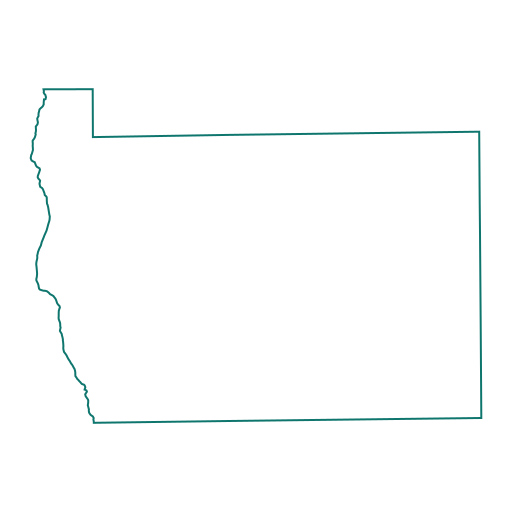 Phnum Proek, Batdâmbâng, Cambodia (Equal Earth projection)
{"feature_id": "14789045B85132506712609", "entity_name": "Phnum Proek", "entity_type": "district", "adm_level": 2, "iso_a3": "KHM", "parent_name": "Cambodia", "parent_adm1": "Batdâmbâng", "projection": "equal_earth", "projection_center": [102.376, 13.291], "detail": "fine", "context": "isolated", "style": "outline", "palette": "teal", "viewbox_px": 512, "rotation_deg": 0, "n_neighbors": 0, "source": "geoboundaries", "source_scale": "gbopen_adm2", "svg_char_len": 2657}
<svg xmlns="http://www.w3.org/2000/svg" viewBox="0 0 512 512"><path d="M479.2,131.7L228.8,134.9L92.9,137.1L92.7,89.2L43.5,89.3L43.9,91.0L43.7,92.6L44.4,93.9L45.3,94.8L46.0,97.2L45.5,99.2L44.8,99.4L44.0,99.4L43.7,102.4L43.7,104.4L42.8,106.2L42.0,107.1L40.8,108.1L39.5,109.4L39.0,111.7L38.6,113.0L38.5,114.3L38.5,116.1L37.6,117.7L37.2,118.8L37.7,121.4L37.8,121.8L37.9,122.5L37.5,124.3L36.6,125.5L35.8,126.5L35.9,128.7L36.0,130.0L35.8,131.9L35.4,133.3L35.7,134.2L35.5,135.2L34.8,137.5L33.9,139.0L33.1,140.0L32.6,140.9L32.7,142.2L32.8,143.9L32.7,146.0L32.9,148.5L32.9,150.2L32.1,152.9L31.8,153.9L31.2,155.1L30.7,158.1L31.0,159.1L31.6,160.5L33.2,161.5L34.7,162.2L35.4,164.0L36.0,165.6L37.0,166.9L39.5,168.3L40.0,169.7L39.4,171.6L38.5,174.1L37.8,176.0L37.7,177.3L38.3,178.5L39.7,180.0L40.1,180.8L39.7,182.6L39.5,183.8L40.2,186.8L42.0,188.0L42.9,189.2L43.7,191.3L44.4,193.1L44.8,195.1L46.2,196.4L46.7,197.2L46.8,198.9L46.8,200.6L47.0,203.6L47.5,204.7L48.1,207.0L48.4,208.7L48.9,211.9L49.3,214.4L49.8,216.5L49.6,219.3L49.4,220.6L48.2,224.5L47.3,227.9L46.5,230.7L45.3,233.4L44.2,235.9L43.9,236.8L43.2,238.5L41.7,242.2L40.9,245.4L39.3,248.6L38.0,252.0L37.7,253.6L37.2,255.5L37.3,257.2L37.2,258.6L36.5,261.6L36.2,264.1L36.4,265.7L36.6,267.6L36.9,270.9L37.1,273.9L36.8,277.0L36.3,279.1L36.4,280.5L37.1,281.9L37.9,283.5L38.5,285.4L38.7,286.9L39.1,288.7L39.9,289.6L41.7,290.2L43.4,290.7L45.3,290.8L47.0,291.3L48.8,292.7L50.0,294.1L51.9,295.1L53.4,296.0L54.2,297.1L55.4,298.6L56.1,300.1L56.6,301.6L57.1,303.1L58.0,304.5L59.5,306.0L59.9,307.6L59.3,309.0L58.8,310.9L58.7,312.7L58.7,314.4L58.7,316.1L58.6,317.5L58.7,319.1L59.5,321.3L60.0,322.6L60.2,323.9L60.2,325.1L60.3,326.5L60.6,327.5L60.4,328.5L60.1,329.7L59.9,330.9L60.6,332.1L61.7,333.9L61.9,335.2L62.3,336.6L62.6,337.9L62.9,339.5L62.9,340.9L63.1,341.8L63.3,344.5L63.4,346.1L63.3,347.2L63.3,348.6L63.5,349.8L64.0,351.9L64.6,352.7L65.4,353.7L66.6,355.5L67.3,357.0L68.0,358.3L68.6,359.4L69.8,361.1L70.6,362.6L71.3,363.8L71.9,364.4L73.1,366.4L73.6,367.5L74.5,368.9L75.1,371.0L75.3,372.7L75.3,374.3L75.4,376.1L76.6,377.8L77.3,379.0L78.2,379.8L79.4,381.3L80.3,382.1L80.8,382.8L81.9,384.0L83.1,384.4L84.0,384.7L84.5,385.2L85.1,386.4L85.3,387.5L84.9,388.5L84.6,389.6L85.7,390.0L86.5,390.6L86.9,391.7L86.1,392.9L85.2,394.3L85.6,396.1L86.3,397.2L87.1,398.3L87.8,399.3L88.2,400.2L88.2,401.9L88.1,403.3L87.8,405.2L88.1,406.3L88.5,407.9L88.9,409.3L88.8,410.8L89.1,412.6L89.6,413.5L90.4,414.6L91.0,415.2L91.8,415.7L92.9,416.5L93.7,418.1L93.4,419.3L93.6,420.6L93.8,421.9L93.8,422.8L228.7,421.0L312.1,420.0L481.3,418.0L480.9,354.9L480.7,325.6L480.0,232.6L479.7,201.8L479.2,131.7Z" fill="none" stroke="#0f766e" stroke-width="2"/></svg>